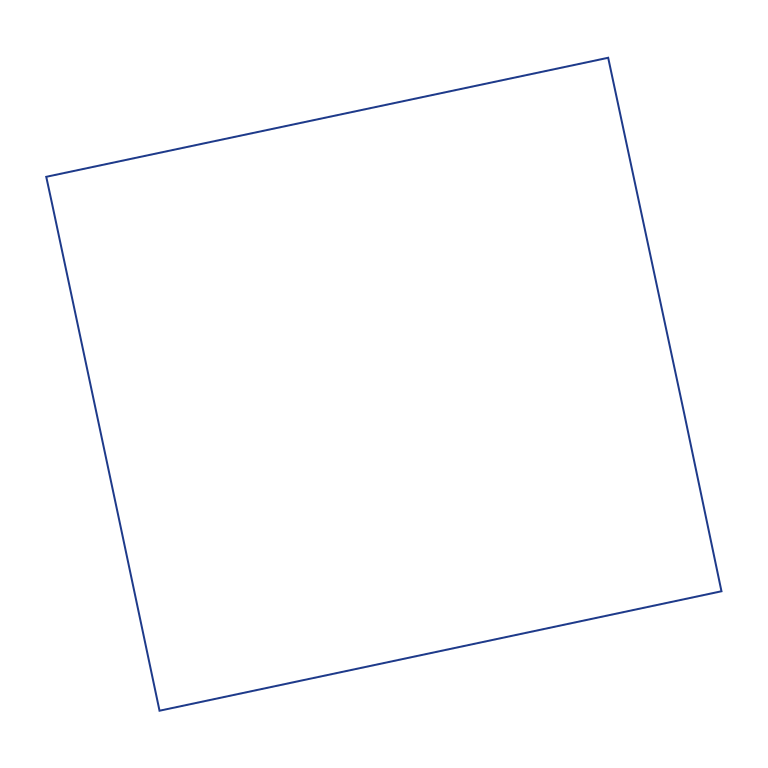 Haskell, Kansas, United States of America, rotated 78°
{"feature_id": "52423323B82156570325304", "entity_name": "Haskell", "entity_type": "district", "adm_level": 2, "iso_a3": "USA", "parent_name": "United States of America", "parent_adm1": "Kansas", "projection": "equal_earth", "projection_center": [-100.898, 37.562], "detail": "fine", "context": "isolated", "style": "outline", "palette": "blue", "viewbox_px": 768, "rotation_deg": 78, "n_neighbors": 0, "source": "geoboundaries", "source_scale": "gbopen_adm2", "svg_char_len": 281}
<svg xmlns="http://www.w3.org/2000/svg" viewBox="0 0 768 768"><g transform="rotate(78 384 384)"><path d="M111.5,96.9L111.2,503.4L111.1,671.3L138.0,671.2L475.2,671.3L656.9,671.5L656.9,527.6L656.9,97.0L475.3,96.5L111.5,96.9Z" fill="none" stroke="#1e3a8a" stroke-width="2"/></g></svg>